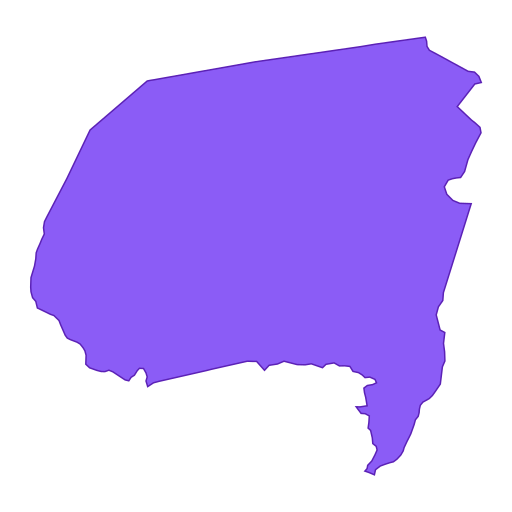 Santa Cruz de Goiás, Goiás, Brazil (orthographic projection)
{"feature_id": "56859067B48580128800931", "entity_name": "Santa Cruz de Goiás", "entity_type": "district", "adm_level": 2, "iso_a3": "BRA", "parent_name": "Brazil", "parent_adm1": "Goiás", "projection": "orthographic", "projection_center": [-48.573, -17.387], "detail": "fine", "context": "isolated", "style": "filled", "palette": "violet", "viewbox_px": 512, "rotation_deg": 0, "n_neighbors": 0, "source": "geoboundaries", "source_scale": "gbopen_adm2", "svg_char_len": 2155}
<svg xmlns="http://www.w3.org/2000/svg" viewBox="0 0 512 512"><path d="M374.4,474.8L375.5,469.7L380.3,466.0L385.2,464.2L389.8,462.7L393.4,461.8L397.0,459.1L400.8,455.0L403.2,450.9L404.1,447.6L407.1,441.2L409.2,437.1L410.8,433.8L414.1,424.6L415.4,419.8L418.2,416.3L419.1,412.7L419.4,409.2L420.3,405.3L422.9,402.1L429.2,398.6L432.4,395.5L435.4,391.3L440.3,384.1L442.4,366.8L444.9,361.0L444.6,351.8L443.5,343.4L444.8,332.5L440.1,330.0L436.2,314.9L438.4,306.8L442.8,300.5L443.4,292.6L471.2,203.7L459.7,203.3L452.8,200.4L446.8,194.3L444.3,186.8L448.2,180.1L452.4,178.7L456.6,177.9L460.6,177.5L464.6,171.5L467.9,159.7L471.6,151.4L475.8,142.6L481.0,132.8L480.0,127.4L475.1,122.9L471.5,120.1L457.2,106.6L474.8,84.0L481.3,82.5L478.9,76.4L474.5,72.1L468.1,71.3L436.8,54.2L429.4,50.3L427.0,46.4L426.6,41.2L425.3,37.2L397.4,41.1L375.4,44.2L361.0,46.6L255.4,61.8L160.7,78.6L154.0,79.8L150.7,80.3L147.2,81.0L90.1,130.0L66.9,178.5L46.8,217.0L44.5,221.6L43.5,227.7L44.3,234.0L41.7,239.4L40.1,243.4L37.5,249.2L36.2,252.8L35.8,258.8L34.5,266.1L31.0,277.6L30.7,287.2L31.0,291.8L32.6,297.7L35.8,301.4L37.4,308.0L47.0,312.6L50.4,314.3L53.9,315.5L59.0,320.5L60.7,324.9L63.6,331.5L65.2,335.2L67.3,338.1L70.3,339.6L77.1,342.2L80.1,344.0L83.2,347.9L84.9,350.8L86.1,355.3L85.8,364.2L89.6,367.8L96.9,370.4L101.2,371.5L104.9,371.6L108.9,370.2L112.8,371.8L125.1,379.9L128.8,380.8L131.1,377.3L134.4,375.2L137.2,370.7L139.4,368.3L143.5,368.5L146.0,372.9L147.2,376.9L146.0,381.0L147.7,386.6L153.5,382.8L159.1,381.3L206.6,370.5L211.3,369.3L247.3,361.2L253.1,361.4L256.6,361.4L264.5,370.3L269.1,365.3L277.5,364.0L284.0,361.2L297.2,364.6L305.2,364.8L311.3,363.8L322.5,367.7L326.0,364.3L334.1,362.9L339.4,365.9L344.6,365.8L349.9,366.4L353.0,371.4L358.5,372.6L362.3,375.0L365.0,377.6L369.8,377.1L375.0,379.4L376.5,382.8L372.6,384.6L367.3,385.5L363.9,388.1L364.5,392.7L365.7,397.3L367.1,405.8L360.0,406.9L356.2,406.8L358.3,409.7L361.1,413.4L365.2,413.7L369.3,415.9L368.9,422.4L368.1,428.1L370.6,430.4L372.3,437.8L372.8,443.6L376.2,446.3L377.1,450.0L375.0,454.8L371.8,461.0L367.7,465.3L367.1,468.6L364.9,471.1L369.0,472.5L374.4,474.8Z" fill="#8b5cf6" stroke="#5b21b6" stroke-width="1.5"/></svg>